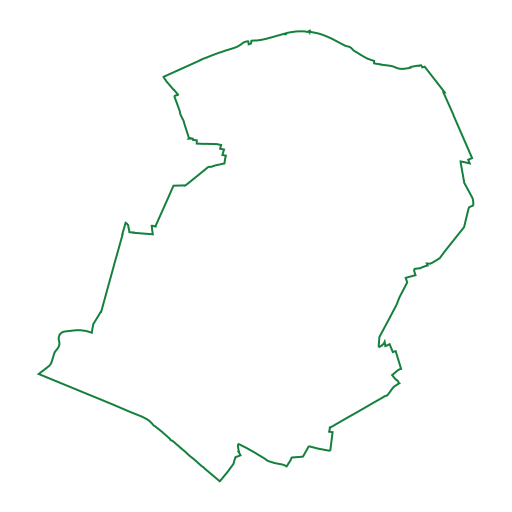 the district of Bernheze, Noord-Brabant, Netherlands
{"feature_id": "6326949B36275678342581", "entity_name": "Bernheze", "entity_type": "district", "adm_level": 2, "iso_a3": "NLD", "parent_name": "Netherlands", "parent_adm1": "Noord-Brabant", "projection": "albers", "projection_center": [5.507, 51.684], "detail": "fine", "context": "isolated", "style": "outline", "palette": "green", "viewbox_px": 512, "rotation_deg": 0, "n_neighbors": 0, "source": "geoboundaries", "source_scale": "gbopen_adm2", "svg_char_len": 5742}
<svg xmlns="http://www.w3.org/2000/svg" viewBox="0 0 512 512"><path d="M122.6,234.4L117.4,253.1L114.2,264.3L114.2,264.5L112.5,270.7L108.4,285.5L101.2,311.7L100.9,311.6L96.2,319.4L96.0,319.7L93.3,324.1L93.0,326.1L92.5,328.2L92.2,330.1L91.8,332.7L88.3,331.6L87.3,331.3L85.3,330.9L83.4,330.6L81.7,330.4L80.4,330.2L78.0,330.2L75.8,330.3L74.3,330.4L64.8,331.5L64.0,331.7L63.3,331.8L62.6,332.2L62.1,332.4L61.3,333.0L60.5,333.6L60.1,334.1L59.8,334.6L59.5,335.2L59.1,336.0L58.9,336.8L58.7,338.0L58.7,338.8L58.7,339.4L58.9,340.2L59.2,341.7L59.4,343.3L59.4,344.3L59.2,345.1L59.0,345.9L58.7,346.6L58.3,347.4L57.9,348.2L55.6,351.0L55.2,351.6L54.6,352.5L54.1,353.9L51.7,361.7L51.2,363.0L51.1,363.4L50.4,364.4L49.2,365.9L38.7,374.0L54.2,380.4L112.8,404.5L121.7,408.3L130.1,411.9L141.1,416.3L143.1,417.2L147.6,419.6L150.0,421.4L150.7,422.3L151.8,423.2L152.5,424.2L153.7,425.5L155.0,426.2L156.4,427.3L162.2,432.0L164.4,434.0L169.9,438.8L170.0,439.1L170.1,439.5L170.5,439.9L170.7,440.1L171.4,440.5L172.0,440.5L174.2,442.2L176.0,443.9L181.0,448.1L180.9,448.2L181.2,448.4L183.2,450.0L185.3,451.8L189.2,455.5L193.8,459.1L202.0,466.4L203.0,466.9L205.8,469.5L206.6,470.2L219.8,481.3L227.9,471.5L233.5,463.8L234.4,460.4L235.5,457.2L239.0,455.9L240.5,455.3L239.6,453.6L238.4,451.6L238.9,451.3L238.7,451.0L238.6,450.6L237.9,445.9L238.0,445.1L238.1,444.7L238.6,444.1L240.4,444.9L246.9,448.2L253.2,451.7L263.2,457.7L265.1,458.9L267.0,460.4L268.1,461.0L273.8,462.8L275.3,463.2L281.8,464.4L283.3,464.8L283.8,465.0L285.2,465.6L286.6,466.4L287.3,465.3L290.4,460.5L290.8,459.8L291.3,458.4L291.5,457.9L291.6,457.7L292.0,457.5L302.5,456.7L302.8,456.7L303.1,456.4L306.3,450.7L308.3,447.1L308.6,446.7L308.9,446.5L309.3,446.4L309.5,446.4L318.0,448.6L329.2,450.7L330.3,450.2L332.6,432.2L329.1,431.7L329.9,428.7L329.7,428.3L329.8,427.4L330.3,427.4L334.3,425.3L335.2,424.7L352.4,414.8L352.7,414.7L366.3,406.9L372.8,403.1L384.7,396.3L384.7,396.2L385.0,396.1L386.6,395.7L387.1,395.5L387.4,395.2L388.3,394.1L389.4,392.6L390.1,391.7L392.2,388.7L393.1,387.6L393.4,387.3L394.4,386.4L399.2,383.3L399.0,383.2L398.3,381.8L397.7,381.0L397.5,380.7L397.1,380.4L397.0,380.1L396.1,379.8L395.5,379.2L394.9,378.5L392.1,375.1L397.3,370.7L398.6,369.8L399.2,369.5L400.1,369.1L401.1,368.9L395.7,351.2L394.6,351.4L392.8,352.1L389.6,344.2L386.6,345.7L386.4,345.5L385.3,346.0L384.6,341.9L384.1,343.0L383.8,343.7L383.1,344.2L381.9,345.3L382.0,345.5L379.4,346.9L379.2,346.6L378.7,346.4L379.4,337.0L389.4,318.4L391.0,315.3L396.0,305.8L396.4,305.0L397.5,302.5L397.9,301.2L399.0,298.5L399.3,297.6L404.1,288.4L407.2,282.4L405.7,277.9L410.0,276.6L410.8,276.5L413.5,275.7L415.5,275.2L414.8,273.0L414.1,270.5L414.4,269.4L414.6,268.9L419.9,268.2L420.1,268.3L422.3,267.2L425.1,266.2L427.6,265.5L426.8,263.5L430.1,263.7L433.3,262.2L437.0,259.9L439.7,258.2L444.8,251.3L464.1,227.1L468.3,209.6L469.0,207.5L469.4,207.1L471.7,206.1L472.4,205.9L472.7,205.7L473.0,205.5L473.1,205.1L473.1,204.9L473.3,204.7L473.3,202.3L472.8,199.1L472.4,197.9L464.5,183.3L464.3,183.0L464.1,182.5L464.1,181.6L463.7,179.7L463.4,178.0L460.8,163.4L460.6,162.0L460.6,161.4L465.9,162.5L466.1,162.6L469.7,163.4L468.2,159.7L472.1,158.1L453.5,115.4L453.5,115.0L443.4,92.4L444.7,92.4L429.5,72.9L424.7,66.7L422.6,67.3L422.6,67.2L422.2,67.2L421.1,65.3L420.4,65.4L418.9,65.6L418.8,65.9L417.8,65.7L413.4,66.4L411.7,66.8L410.3,67.2L410.4,67.7L407.4,68.4L405.9,68.4L404.9,68.7L403.0,68.9L401.2,68.9L398.5,68.5L398.0,68.4L394.2,66.9L392.5,66.3L390.9,65.9L388.8,65.6L380.6,64.6L380.5,64.3L378.7,64.1L375.9,63.7L374.1,63.3L374.1,60.9L373.0,60.6L371.3,60.0L367.9,58.8L366.5,58.1L364.9,57.3L363.5,56.5L359.8,54.3L357.9,53.1L357.0,52.5L354.5,51.1L353.6,50.4L353.1,50.0L352.4,49.2L351.6,48.4L351.1,47.9L350.5,47.5L349.9,47.1L349.2,46.8L348.5,46.6L346.7,46.2L345.6,45.9L344.9,45.6L337.1,41.5L332.4,39.0L329.2,37.5L325.9,36.1L322.5,34.8L320.8,34.2L319.1,33.7L317.5,33.3L313.8,32.5L310.2,31.9L310.2,31.7L309.9,31.7L309.8,30.7L308.8,31.1L309.0,32.3L308.8,32.1L308.6,32.0L306.7,31.8L304.8,31.4L303.0,31.3L301.2,31.3L299.4,31.3L295.9,31.5L292.2,32.0L290.3,32.3L287.6,32.8L285.6,33.4L285.5,34.0L285.4,34.2L285.5,34.3L285.1,34.4L284.9,34.1L284.5,33.7L273.1,36.9L266.2,38.8L264.0,39.3L260.9,39.9L257.7,40.4L255.5,40.5L253.4,40.6L252.4,40.6L251.7,40.7L251.3,41.0L251.2,41.5L251.3,42.1L251.0,43.5L248.7,44.3L248.7,44.1L248.3,42.0L248.2,41.5L248.1,41.3L247.9,41.3L247.3,41.4L246.4,41.5L245.6,41.7L244.7,42.0L243.9,42.4L243.1,42.8L242.4,43.3L240.3,44.9L238.8,45.8L237.2,46.7L235.5,47.4L233.9,48.0L227.1,50.1L225.4,50.6L220.3,52.4L218.6,52.9L211.9,55.4L206.7,57.5L202.6,59.0L200.1,60.2L200.2,60.3L163.6,76.8L164.3,78.4L165.7,80.0L165.9,80.7L173.6,89.8L173.9,89.7L178.0,94.6L177.9,94.9L177.8,95.0L175.1,95.6L174.8,95.8L174.6,96.1L174.5,96.5L174.5,96.8L176.0,100.8L176.3,101.5L177.0,103.6L179.2,109.6L179.7,110.8L180.0,112.4L180.2,113.7L180.7,115.0L181.8,117.3L182.6,119.1L182.9,119.4L183.4,120.4L183.6,121.0L184.2,123.2L186.6,130.8L186.7,131.1L188.9,137.9L189.1,138.1L189.4,138.1L188.8,138.7L192.7,138.6L192.9,139.8L196.7,140.3L196.8,143.6L203.6,143.9L207.8,143.9L208.2,143.9L216.7,144.1L221.1,145.0L220.1,148.7L224.0,149.5L222.4,155.0L225.9,155.7L225.5,157.4L225.2,158.1L224.6,162.3L224.4,163.5L223.5,163.6L220.2,164.4L216.2,165.2L213.1,166.1L211.8,166.7L211.4,166.8L211.0,166.8L210.1,166.9L209.2,166.8L208.7,166.9L208.0,167.2L207.4,167.7L189.3,182.4L185.6,185.3L185.2,185.5L184.8,185.6L184.8,185.4L173.5,185.7L169.6,194.5L168.8,196.4L156.2,224.6L155.7,225.9L155.8,226.0L155.6,226.6L154.9,226.4L152.8,225.8L151.7,225.8L151.7,226.0L151.8,226.4L152.2,230.1L152.7,233.7L152.8,234.3L133.7,232.8L133.8,232.5L129.4,232.2L128.9,228.9L128.8,229.2L128.2,225.5L127.9,224.8L127.7,224.7L126.6,223.4L125.6,222.8L122.3,234.3L122.6,234.4Z" fill="none" stroke="#15803d" stroke-width="2"/></svg>